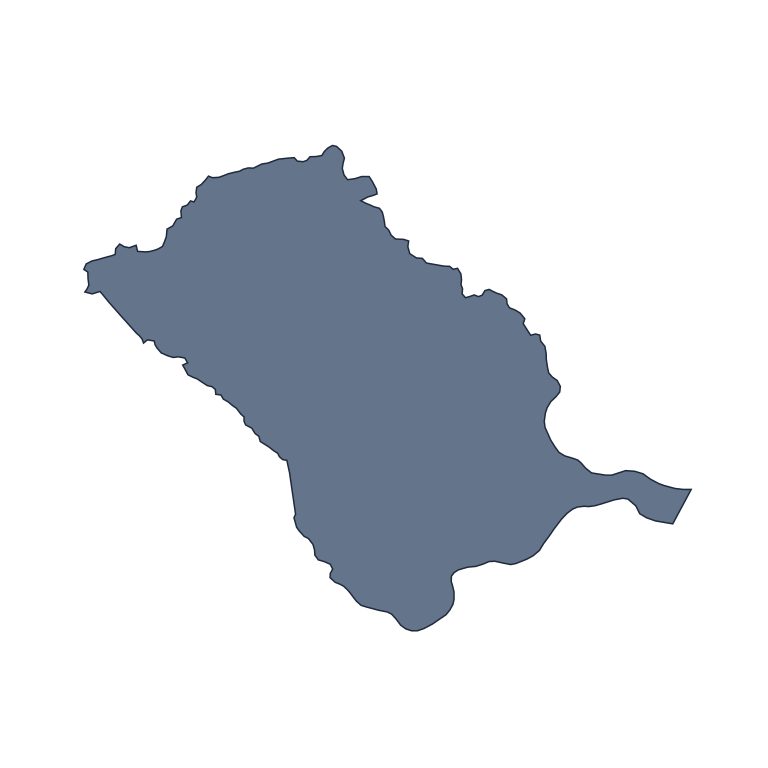 outline of Camamu, Bahia, Brazil, rotated 59°
{"feature_id": "56859067B78480965793376", "entity_name": "Camamu", "entity_type": "district", "adm_level": 2, "iso_a3": "BRA", "parent_name": "Brazil", "parent_adm1": "Bahia", "projection": "orthographic", "projection_center": [-39.173, -14.002], "detail": "fine", "context": "isolated", "style": "filled", "palette": "slate", "viewbox_px": 768, "rotation_deg": 59, "n_neighbors": 0, "source": "geoboundaries", "source_scale": "gbopen_adm2", "svg_char_len": 3710}
<svg xmlns="http://www.w3.org/2000/svg" viewBox="0 0 768 768"><g transform="rotate(59 384 384)"><path d="M652.6,208.5L632.6,175.0L628.5,181.8L623.4,188.4L615.4,196.1L611.0,199.7L602.9,204.6L594.4,208.2L587.9,214.1L582.7,221.5L579.4,235.8L576.1,241.2L567.1,251.9L559.7,254.6L553.2,255.7L549.1,257.0L544.9,260.4L538.7,266.1L532.8,269.2L526.3,269.8L518.1,270.0L504.1,268.3L498.6,265.9L492.0,260.6L488.3,256.3L485.0,250.1L483.5,243.2L481.4,237.5L476.9,234.1L470.3,233.7L464.6,236.2L459.4,237.1L454.0,235.3L446.3,232.1L441.4,229.3L434.6,226.7L427.9,227.6L422.3,225.3L419.2,228.3L417.7,233.2L411.1,233.4L404.0,233.6L400.6,229.7L393.2,230.8L388.0,233.6L383.3,237.2L378.7,237.2L374.1,235.1L368.1,237.2L364.2,240.6L360.5,243.1L357.1,245.1L355.9,249.4L358.4,254.0L357.8,258.0L354.1,260.8L353.2,265.3L352.0,269.7L347.0,270.6L342.8,267.6L338.5,266.8L334.5,263.8L329.2,261.4L322.7,261.4L321.3,265.6L316.9,267.2L314.0,271.7L302.2,285.3L296.1,286.4L292.6,291.3L285.5,294.8L278.5,292.8L274.1,289.2L270.2,292.6L265.6,299.5L260.1,301.2L254.5,300.7L249.5,302.0L244.7,299.9L239.8,298.1L235.6,296.9L231.0,297.4L227.1,301.2L223.4,303.7L219.6,306.6L214.9,309.5L215.3,301.8L216.7,296.5L217.5,292.0L212.9,290.2L204.4,289.7L198.5,289.9L194.7,296.2L193.0,303.2L190.1,310.0L184.2,310.6L177.7,308.7L174.1,305.7L170.0,301.6L162.7,300.3L155.9,302.3L153.0,305.3L152.8,310.7L154.0,315.5L156.1,319.6L154.1,325.0L151.1,330.3L152.6,335.0L151.8,338.8L148.3,343.5L143.7,344.4L140.6,350.7L136.9,358.7L136.0,363.5L134.8,369.8L132.5,375.4L132.1,380.1L131.7,384.8L128.8,389.2L127.4,394.2L127.2,398.3L125.5,403.0L123.6,409.2L122.8,414.1L121.8,419.1L118.8,424.8L115.4,427.4L117.0,431.4L118.9,437.9L118.9,443.2L123.2,446.6L127.4,448.3L130.1,453.0L127.4,455.6L129.3,460.5L128.3,465.5L130.9,468.9L137.0,471.9L135.9,476.9L139.7,483.6L139.5,490.2L145.6,494.7L149.0,498.9L152.0,503.0L151.9,507.9L151.2,511.8L149.8,516.5L148.0,520.3L143.4,526.9L137.4,525.0L136.0,532.1L132.6,535.9L127.9,538.5L129.8,544.3L134.5,547.7L133.7,551.7L132.6,555.4L131.0,561.2L130.0,565.1L128.1,571.1L127.7,577.4L131.2,582.3L135.5,580.2L141.2,583.4L147.2,586.1L149.5,589.4L151.1,593.0L156.5,587.7L158.4,579.8L162.3,579.1L171.6,577.8L189.1,574.6L212.5,570.1L216.8,568.8L220.8,568.2L225.1,569.0L224.3,564.1L228.8,558.8L232.4,560.0L236.5,560.0L242.7,558.9L248.5,554.8L252.7,551.0L254.8,546.3L259.1,541.4L264.7,541.4L264.1,546.8L269.7,547.0L275.1,547.3L279.4,544.6L283.6,541.4L289.0,538.9L294.3,536.3L297.7,532.8L301.8,531.4L306.2,533.5L309.5,529.4L314.3,529.5L318.8,526.9L324.6,524.9L328.8,523.0L336.1,522.2L340.2,520.9L343.7,523.1L347.8,523.7L353.7,520.1L360.1,520.0L364.4,518.2L369.6,519.7L374.8,517.0L378.6,515.1L383.7,513.2L388.7,510.8L392.5,511.1L396.6,509.8L399.4,506.6L411.5,510.7L450.1,526.9L452.3,530.1L456.9,531.3L461.8,532.7L466.6,532.3L473.5,530.9L477.4,528.4L484.9,527.5L490.7,529.1L495.0,531.4L500.9,530.9L505.2,526.9L510.8,522.9L516.2,523.3L518.7,527.6L522.2,530.0L528.8,528.0L533.3,524.6L536.7,522.7L542.1,521.2L546.0,520.6L551.0,520.1L556.0,519.5L562.0,517.6L566.1,513.9L569.2,510.9L575.3,505.0L581.1,498.6L585.2,496.0L591.7,494.7L599.5,493.9L605.2,491.4L609.7,487.5L612.8,482.4L614.2,475.5L614.7,465.9L614.3,459.9L613.7,449.6L611.6,443.9L608.5,438.5L604.7,434.9L598.1,431.0L592.0,429.1L588.0,428.1L583.4,425.2L581.8,421.0L581.6,416.2L582.9,411.1L584.2,406.4L587.6,399.3L589.4,391.8L590.3,385.4L593.0,380.3L598.4,374.6L604.0,368.4L605.8,363.5L607.7,351.9L608.0,344.4L606.7,336.5L603.0,329.4L599.4,320.7L595.5,312.1L591.2,301.2L589.1,293.5L588.4,287.0L589.1,281.5L591.8,275.6L594.7,271.3L597.0,265.8L598.6,260.0L601.8,246.6L604.9,238.2L608.2,234.2L618.2,230.9L626.9,231.6L633.8,227.9L641.2,221.8L652.6,208.5Z" fill="#64748b" stroke="#1e293b" stroke-width="1.5"/></g></svg>